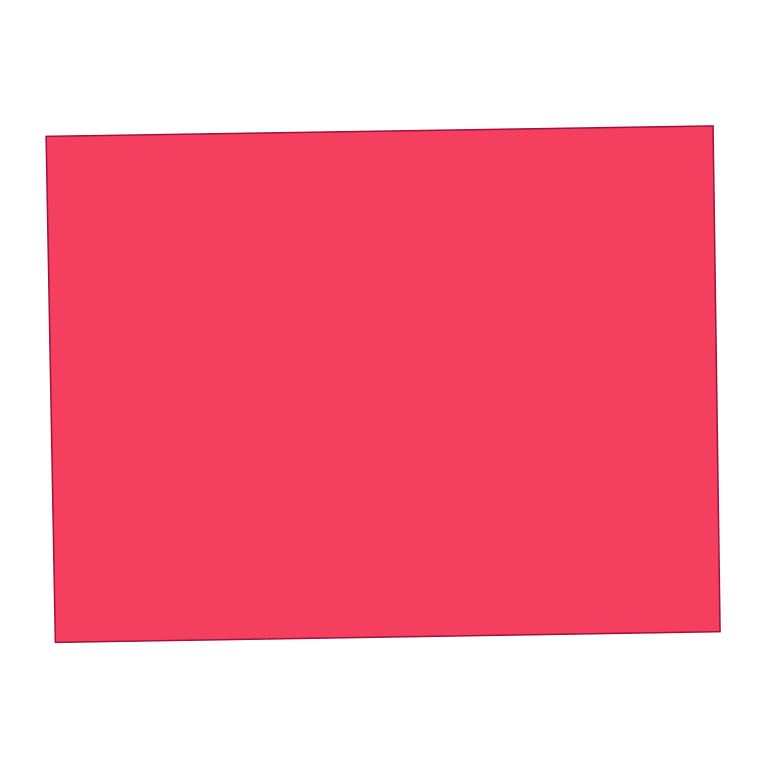 Humboldt, Iowa, United States of America (orthographic projection), rotated 179°
{"feature_id": "52423323B78880616957132", "entity_name": "Humboldt", "entity_type": "district", "adm_level": 2, "iso_a3": "USA", "parent_name": "United States of America", "parent_adm1": "Iowa", "projection": "orthographic", "projection_center": [-94.16, 42.776], "detail": "fine", "context": "isolated", "style": "filled", "palette": "rose", "viewbox_px": 768, "rotation_deg": 179, "n_neighbors": 0, "source": "geoboundaries", "source_scale": "gbopen_adm2", "svg_char_len": 229}
<svg xmlns="http://www.w3.org/2000/svg" viewBox="0 0 768 768"><g transform="rotate(179 384 384)"><path d="M717.5,637.5L717.1,131.4L52.3,130.5L50.5,636.3L717.5,637.5Z" fill="#f43f5e" stroke="#9f1239" stroke-width="1.5"/></g></svg>